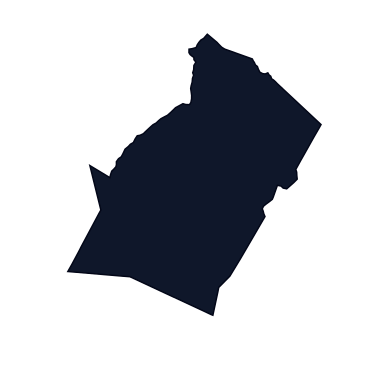 Rio do Antônio, Bahia, Brazil, rotated 40°
{"feature_id": "56859067B81467774065144", "entity_name": "Rio do Antônio", "entity_type": "district", "adm_level": 2, "iso_a3": "BRA", "parent_name": "Brazil", "parent_adm1": "Bahia", "projection": "equal_earth", "projection_center": [-42.128, -14.325], "detail": "fine", "context": "isolated", "style": "filled", "palette": "ink", "viewbox_px": 384, "rotation_deg": 40, "n_neighbors": 0, "source": "geoboundaries", "source_scale": "gbopen_adm2", "svg_char_len": 1645}
<svg xmlns="http://www.w3.org/2000/svg" viewBox="0 0 384 384"><g transform="rotate(40 192 192)"><path d="M247.5,57.4L187.6,54.2L185.0,53.9L182.5,53.8L180.2,54.1L177.9,52.7L175.9,52.8L173.5,52.0L172.2,54.5L170.1,55.9L167.0,56.6L163.9,55.3L161.4,53.8L158.9,53.9L156.5,52.7L154.6,52.2L152.7,51.3L125.2,61.5L121.7,62.0L119.3,61.8L117.2,61.6L115.0,61.3L112.2,61.3L107.9,61.3L104.9,61.3L102.3,61.3L102.2,66.8L101.1,70.0L101.1,72.9L101.4,75.7L102.3,78.7L99.9,82.2L97.9,84.5L100.1,87.2L102.2,87.9L104.6,87.9L106.9,87.7L108.5,89.4L111.5,90.0L112.1,93.8L114.7,97.3L115.9,100.2L118.2,101.5L119.3,104.6L121.5,107.7L123.1,111.2L124.5,113.6L127.2,116.0L129.6,118.2L131.8,120.9L133.6,124.1L133.9,126.7L131.0,129.0L128.3,130.2L126.6,134.5L125.2,138.0L124.9,141.3L124.4,145.7L123.9,149.0L122.7,151.8L121.1,155.8L120.6,158.6L120.2,162.2L118.9,165.5L118.5,168.1L118.0,172.0L117.6,175.4L117.2,178.8L115.7,182.0L113.9,184.1L114.3,187.7L115.3,191.8L114.1,195.0L114.0,198.0L113.2,202.2L114.5,207.1L115.2,210.5L114.3,213.7L114.6,217.4L116.5,219.6L117.5,221.6L117.4,224.8L117.1,227.6L118.3,230.7L119.8,233.8L96.8,237.4L133.8,264.4L134.5,268.1L139.0,289.4L142.4,305.6L143.0,308.0L143.7,311.2L146.5,324.6L148.0,332.7L193.3,300.8L198.9,296.8L238.4,286.2L276.2,276.0L285.4,273.6L287.2,273.0L275.9,251.7L273.8,247.9L275.1,232.2L271.9,211.4L263.7,163.9L261.1,162.6L258.8,160.9L256.6,159.7L255.9,156.9L256.5,153.6L257.5,149.5L258.2,146.0L257.5,143.7L253.1,132.0L256.4,130.2L259.3,130.4L262.5,128.7L263.9,119.4L264.3,114.5L261.7,112.0L259.4,109.5L257.0,108.0L255.0,97.9L253.6,90.3L250.1,71.8L248.2,61.0L247.5,57.4Z" fill="#0f172a" stroke="#020617" stroke-width="1.5"/></g></svg>